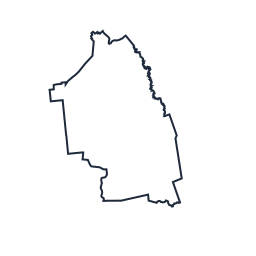 Palmerston North City, Manawatu-Wanganui, New Zealand (Albers equal-area conic projection), rotated 306°
{"feature_id": "76426892B89930780438599", "entity_name": "Palmerston North City", "entity_type": "district", "adm_level": 2, "iso_a3": "NZL", "parent_name": "New Zealand", "parent_adm1": "Manawatu-Wanganui", "projection": "albers", "projection_center": [175.702, -40.399], "detail": "fine", "context": "isolated", "style": "outline", "palette": "slate", "viewbox_px": 256, "rotation_deg": 306, "n_neighbors": 0, "source": "geoboundaries", "source_scale": "gbopen_adm2", "svg_char_len": 5671}
<svg xmlns="http://www.w3.org/2000/svg" viewBox="0 0 256 256"><g transform="rotate(306 128 128)"><path d="M54.6,150.9L55.3,152.0L56.8,153.7L65.1,165.1L85.9,183.4L81.4,187.4L84.3,195.1L84.8,194.9L85.4,195.0L86.3,195.3L86.8,195.9L87.1,195.9L87.7,196.7L87.7,197.4L87.5,198.1L88.0,198.8L88.1,199.7L88.5,199.9L89.5,201.1L90.2,201.4L91.6,201.3L91.6,201.5L92.0,202.3L92.0,203.2L92.1,203.3L91.8,204.0L91.3,204.2L90.6,205.1L90.4,205.7L90.0,206.4L90.0,206.7L90.4,207.7L90.6,208.0L90.4,209.2L90.6,209.5L90.4,209.9L90.7,210.2L91.0,210.3L91.5,210.2L92.0,209.6L93.1,209.9L93.8,210.1L94.2,209.9L94.8,210.8L95.7,211.3L96.2,211.2L96.6,211.4L97.1,212.0L97.1,212.8L97.9,213.7L98.3,213.9L108.9,198.6L110.7,196.1L118.8,201.1L147.5,172.5L150.6,171.8L163.3,153.5L158.8,150.4L158.8,150.2L159.1,150.2L159.4,150.5L159.5,150.4L159.5,150.1L160.2,149.6L160.3,149.4L160.8,149.3L160.9,149.0L161.6,149.1L161.8,148.9L162.0,149.0L163.2,148.0L163.5,147.6L163.6,146.9L163.5,146.7L163.4,146.4L163.6,146.2L164.2,146.1L165.1,146.3L165.1,145.9L165.3,145.9L165.7,145.4L166.0,145.4L166.1,145.2L167.2,144.8L167.4,144.4L167.2,144.0L167.1,143.8L167.2,143.7L167.2,143.3L167.7,143.4L167.8,143.0L168.0,142.9L168.2,142.6L168.2,142.3L167.9,142.1L168.0,141.9L167.8,141.8L167.9,141.3L167.5,141.0L168.0,140.4L168.2,140.1L168.2,139.8L168.7,139.6L169.4,138.6L170.1,138.0L170.2,137.5L170.3,137.3L170.9,136.9L170.7,136.7L170.6,136.4L170.7,136.0L170.4,135.6L170.2,135.6L170.0,135.4L169.9,135.5L169.7,135.5L169.3,135.2L168.7,135.3L168.6,135.1L168.7,134.8L168.5,134.6L168.5,134.4L168.6,134.1L168.6,133.8L168.3,133.0L167.8,132.8L167.5,132.2L167.8,132.0L168.1,132.1L168.5,131.8L168.1,131.1L168.1,130.9L168.3,130.7L168.2,130.5L167.9,130.3L168.7,129.9L168.7,129.6L169.2,129.8L169.4,129.6L169.5,129.7L169.9,129.3L170.2,128.9L170.3,128.9L170.2,128.5L170.3,128.4L171.0,128.4L171.2,128.6L171.5,128.5L171.7,128.8L171.8,128.6L172.1,128.5L172.2,128.3L172.3,128.2L172.4,127.8L172.5,127.5L172.7,127.4L172.8,127.1L172.6,127.0L172.7,126.7L173.0,125.7L172.7,125.2L172.4,125.1L172.6,125.0L172.6,124.8L172.9,124.4L172.9,123.9L172.7,123.3L172.9,123.2L173.0,123.0L173.0,122.8L174.0,122.6L173.8,123.0L174.1,123.5L174.6,123.5L174.7,123.3L174.8,123.0L175.0,122.7L175.1,122.2L175.6,122.1L176.1,122.3L175.8,121.7L175.8,121.2L176.6,120.8L176.9,120.4L177.4,120.5L177.7,120.3L178.0,120.5L178.1,120.3L178.4,120.3L178.7,120.4L179.4,119.9L179.4,119.6L179.2,119.5L179.3,119.0L179.5,118.9L179.4,118.7L179.5,118.4L180.0,118.7L180.3,118.6L180.1,117.3L180.4,117.5L180.6,117.5L180.9,117.2L181.2,117.1L181.3,117.1L181.6,116.8L181.7,116.6L181.6,116.2L181.3,115.9L181.4,115.6L181.7,115.5L181.5,114.8L181.5,114.5L181.8,114.3L182.1,114.3L182.7,114.5L182.8,114.1L182.3,113.4L182.8,113.4L183.1,113.0L183.4,112.9L183.6,113.0L184.2,113.5L184.3,113.2L185.0,113.5L185.1,113.4L185.0,113.1L184.6,112.3L184.7,112.1L184.5,111.9L184.8,111.8L185.1,111.8L185.3,112.0L185.5,111.8L185.9,111.3L186.3,111.4L186.7,111.6L186.8,111.6L186.8,111.4L187.4,110.9L187.6,111.0L187.7,110.8L187.9,110.9L188.0,111.1L187.9,111.4L188.4,111.5L188.4,111.2L188.7,111.1L188.6,110.9L188.8,110.7L189.2,110.7L189.3,110.6L189.1,110.5L189.1,110.3L189.2,110.0L189.4,109.8L189.7,109.6L189.7,109.3L189.5,109.2L189.4,108.9L189.3,109.1L189.0,109.0L188.7,109.0L188.3,108.1L188.2,108.5L187.9,108.7L187.6,108.5L187.4,107.9L187.0,108.2L186.8,108.2L186.7,108.1L186.8,107.9L186.4,107.6L186.2,106.8L186.3,106.5L186.2,106.3L186.9,105.9L187.3,105.5L186.9,105.1L186.9,104.7L187.1,104.4L187.4,104.6L187.6,104.4L187.4,104.0L187.5,103.8L187.7,103.6L187.9,103.0L188.1,103.0L188.4,102.6L188.5,102.6L188.5,102.4L188.9,102.3L189.2,102.5L189.2,102.2L189.4,102.2L189.6,102.0L189.6,101.9L190.0,101.9L190.3,102.1L190.4,101.7L190.5,101.6L190.9,101.9L191.3,101.9L190.8,101.3L190.8,100.9L191.0,100.9L191.1,100.7L190.9,100.5L191.2,100.2L191.5,100.3L191.6,100.1L192.1,100.2L192.9,99.4L193.2,97.6L193.0,96.1L194.9,94.4L195.2,93.2L195.7,92.9L195.4,92.6L195.4,92.3L195.6,92.3L195.3,92.0L195.4,91.8L195.4,91.7L195.0,91.5L194.9,91.2L194.6,91.1L194.4,90.8L194.7,90.6L194.5,90.2L194.1,90.0L194.0,89.8L194.3,89.8L194.1,89.1L194.1,88.7L194.3,88.5L194.5,88.6L195.2,88.7L195.5,89.0L195.8,89.1L196.3,89.0L196.4,88.9L196.8,88.8L196.8,88.7L196.6,88.6L196.1,88.6L196.1,88.4L195.7,88.4L195.7,88.1L195.9,87.9L195.7,87.7L195.8,87.5L196.0,87.2L195.8,86.6L196.0,86.4L196.0,86.2L196.3,85.9L196.5,85.9L196.6,85.5L197.0,85.5L197.0,84.9L197.5,84.8L197.8,84.4L198.1,84.4L201.4,71.9L199.6,71.2L198.5,71.1L196.7,70.6L196.1,70.0L194.6,69.4L192.3,67.6L191.7,66.8L191.6,66.3L190.9,65.4L189.6,64.5L189.2,64.3L188.3,64.1L187.0,64.3L186.3,64.2L185.6,63.2L185.1,63.2L185.2,62.7L185.5,62.3L187.0,61.6L187.7,61.2L188.6,60.9L189.5,60.2L189.8,59.5L190.1,58.4L190.1,57.7L190.3,56.5L190.3,55.8L190.4,55.2L190.4,54.7L190.5,53.4L191.0,51.6L191.6,50.6L189.1,50.0L187.8,49.8L188.0,48.3L186.8,48.1L187.1,47.2L187.4,46.7L186.1,46.4L185.0,45.8L185.3,43.2L183.2,42.7L182.4,44.4L180.5,44.1L179.1,46.4L178.7,46.1L177.9,49.4L165.5,56.8L154.4,55.5L145.0,55.1L140.1,54.3L136.2,53.1L130.4,51.8L126.7,51.9L128.4,50.7L125.6,47.5L124.6,48.2L121.3,44.5L119.1,42.6L115.6,45.2L112.8,42.1L112.2,42.7L104.2,49.9L112.1,58.8L85.8,82.2L85.7,82.5L71.9,94.7L81.4,105.4L81.9,106.2L75.9,109.7L78.6,114.3L77.5,116.1L75.8,119.3L75.6,119.8L75.5,120.4L75.5,121.0L75.8,121.6L79.4,127.9L79.8,129.4L79.9,131.4L80.3,132.7L81.2,134.0L81.9,134.8L78.6,137.9L77.0,138.6L75.1,138.5L74.6,138.3L73.7,137.7L73.2,137.0L72.4,136.3L71.8,136.1L71.3,136.3L70.4,136.8L69.2,137.8L68.2,139.2L66.9,139.6L65.3,140.4L63.9,140.8L62.8,142.1L62.4,143.0L61.7,144.0L60.8,144.9L59.8,145.5L57.9,146.1L57.3,146.4L57.0,146.9L56.8,147.3L56.7,147.7L56.9,149.4L56.6,150.0L56.1,150.4L54.6,150.9Z" fill="none" stroke="#1e293b" stroke-width="2"/></g></svg>